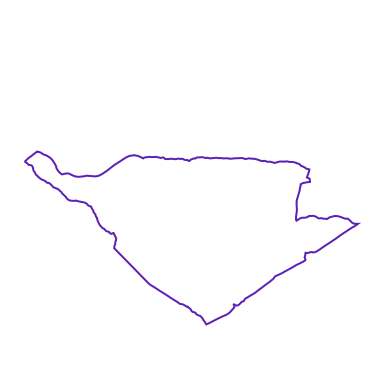 Tisaleo, Tungurahua, Ecuador (Mercator projection), rotated 46°
{"feature_id": "8360857B823186733653", "entity_name": "Tisaleo", "entity_type": "district", "adm_level": 2, "iso_a3": "ECU", "parent_name": "Ecuador", "parent_adm1": "Tungurahua", "projection": "mercator", "projection_center": [-78.685, -1.36], "detail": "fine", "context": "isolated", "style": "outline", "palette": "violet", "viewbox_px": 384, "rotation_deg": 46, "n_neighbors": 0, "source": "geoboundaries", "source_scale": "gbopen_adm2", "svg_char_len": 5963}
<svg xmlns="http://www.w3.org/2000/svg" viewBox="0 0 384 384"><g transform="rotate(46 192 192)"><path d="M72.5,292.1L75.1,292.0L76.2,291.9L77.9,291.6L78.1,291.5L78.9,291.3L80.0,290.7L81.5,290.2L82.0,290.0L84.5,289.8L85.2,289.5L85.6,289.0L86.1,288.6L88.0,288.3L90.3,288.3L91.8,288.4L92.6,288.3L93.4,287.9L94.0,287.5L94.6,287.3L95.5,287.1L95.6,286.9L96.0,286.6L97.4,286.3L98.3,286.2L100.0,286.2L100.5,286.1L101.1,286.0L102.9,286.3L103.3,286.4L104.0,286.3L105.0,286.3L106.0,286.2L107.1,286.2L107.9,286.2L109.4,286.5L110.3,286.5L111.1,286.4L112.5,286.2L112.9,285.9L113.3,285.6L113.9,285.2L114.3,285.0L114.7,284.7L116.6,282.8L117.2,282.2L117.2,281.8L117.6,281.4L119.6,280.3L120.6,279.6L122.4,278.4L123.3,277.7L124.2,277.1L125.2,276.5L127.0,275.9L127.5,275.9L128.4,276.0L129.5,276.0L130.8,275.6L132.5,274.7L132.8,274.7L133.5,275.2L137.1,276.1L138.2,276.8L138.6,276.9L140.9,277.0L141.4,277.4L143.4,278.3L144.7,278.2L145.2,278.7L145.3,278.9L145.6,279.1L148.0,280.1L149.0,280.5L151.3,281.2L151.7,281.2L153.0,281.4L154.3,281.4L155.7,281.4L156.5,281.2L157.0,280.9L157.5,280.8L160.0,280.9L161.0,280.6L162.6,279.7L163.0,279.5L163.4,279.5L163.7,279.6L164.3,279.7L164.8,279.5L165.7,279.3L166.1,279.0L166.4,278.4L166.8,277.1L167.0,276.9L167.3,276.9L167.7,277.0L168.2,277.3L168.5,277.5L169.6,277.6L170.6,278.2L171.2,278.3L171.8,278.4L172.1,278.5L172.5,278.6L173.3,279.4L174.0,280.4L174.4,281.1L174.6,281.8L175.0,282.2L175.5,282.7L176.0,283.3L176.4,283.9L176.5,284.3L176.9,285.2L177.5,285.9L178.2,286.7L178.4,287.0L228.6,286.7L229.9,286.4L232.7,285.7L236.3,284.8L240.4,283.9L244.6,282.8L246.8,282.3L250.7,281.4L253.4,280.9L260.7,279.0L262.1,278.7L262.7,278.7L263.9,278.5L265.2,277.6L266.0,277.0L266.8,276.5L271.5,275.2L271.5,274.8L273.2,274.7L273.7,274.6L274.7,274.4L276.6,274.7L277.6,275.0L278.4,274.9L278.8,274.8L279.9,274.1L280.2,273.8L280.6,273.7L281.6,273.5L282.1,273.6L282.9,273.8L283.5,273.6L284.1,273.4L284.8,273.2L286.4,272.5L286.7,272.2L289.7,272.1L290.0,272.3L291.1,272.4L291.6,272.7L293.8,272.9L297.2,273.7L298.0,271.6L301.1,261.3L303.6,253.9L303.9,253.6L304.0,253.4L304.1,253.2L304.3,252.0L304.5,251.1L304.7,249.9L304.9,249.1L304.9,248.2L304.4,241.8L303.2,240.7L302.7,240.6L302.0,240.3L301.9,239.9L302.1,239.8L304.0,239.2L304.7,238.7L305.3,237.9L305.6,236.9L305.7,234.5L305.5,233.1L305.5,232.4L306.1,231.6L306.4,230.6L306.3,230.1L306.0,229.1L305.7,227.5L306.1,226.4L306.8,223.3L307.5,220.2L308.3,217.2L308.8,212.1L309.1,210.0L309.3,208.4L309.4,207.3L310.0,202.6L310.4,199.6L310.6,198.9L310.9,193.6L310.5,191.6L310.4,190.5L311.1,189.0L313.1,183.0L313.5,180.9L314.2,178.7L316.2,171.2L316.9,168.0L317.4,166.6L319.4,160.2L319.8,158.1L319.7,157.6L319.2,157.2L317.4,156.6L317.0,156.1L316.7,155.2L315.6,153.8L314.7,152.8L314.6,152.5L315.2,152.3L315.7,151.9L316.4,150.9L317.0,149.6L318.0,148.0L318.4,147.6L318.9,147.2L319.3,147.1L320.3,146.0L321.0,144.6L321.4,143.5L321.9,141.0L323.1,133.5L323.7,130.6L325.6,120.2L326.0,116.8L326.8,112.0L327.4,108.8L328.8,101.5L329.6,98.6L330.2,94.6L330.0,94.8L329.1,96.0L326.8,97.7L325.2,98.2L323.8,98.1L319.9,98.4L319.1,98.7L318.1,99.9L316.8,100.8L312.9,102.5L312.2,103.1L310.6,103.9L310.2,104.2L309.8,104.8L308.2,106.1L308.0,106.8L306.5,109.3L305.6,111.2L305.7,111.8L305.1,113.8L304.8,114.1L304.1,114.4L303.0,115.6L302.2,116.2L300.9,116.9L299.3,118.9L298.7,119.3L295.9,120.0L295.3,120.2L293.2,121.5L290.5,124.6L290.3,126.2L289.5,127.8L288.7,128.9L286.9,130.8L285.7,133.5L285.5,136.1L285.3,136.7L284.7,136.7L284.2,136.4L282.5,134.8L281.4,133.5L279.2,130.7L278.7,130.0L277.8,129.0L276.6,128.0L272.5,124.4L270.8,122.5L265.9,113.9L265.3,112.9L264.2,111.7L262.9,109.5L261.9,108.4L262.7,105.9L265.8,101.2L266.7,100.2L265.0,98.7L264.2,98.2L263.8,98.2L261.8,99.1L261.3,99.2L259.6,95.6L258.1,92.9L257.2,91.9L256.5,92.3L256.0,92.9L254.7,93.5L252.5,93.9L251.9,94.2L250.7,94.5L249.2,95.3L248.3,95.4L246.5,95.3L245.5,95.8L244.7,96.4L243.2,96.9L240.6,98.5L239.4,99.6L238.4,100.8L236.2,102.2L235.0,103.4L234.7,104.2L233.6,105.1L230.9,107.9L228.4,112.6L227.4,112.9L225.9,113.9L225.1,114.3L224.0,115.2L223.0,116.5L221.6,117.3L220.9,117.6L219.7,118.4L219.2,119.2L218.1,120.4L214.3,122.3L211.4,124.1L209.1,126.3L207.5,127.5L205.3,130.8L203.0,131.9L201.3,133.5L200.8,134.1L200.3,134.7L197.7,137.6L194.9,141.1L194.2,141.8L193.5,142.3L192.8,142.6L192.3,143.3L191.8,143.6L190.0,145.7L189.7,146.0L187.1,148.2L186.1,149.4L185.6,149.9L184.4,150.5L181.7,154.1L181.1,154.6L180.3,155.8L178.0,157.1L177.3,158.4L176.9,158.7L175.7,159.3L174.4,160.3L173.4,161.1L172.8,161.9L170.8,164.3L170.5,164.7L170.3,165.9L170.2,166.4L169.3,167.0L167.8,170.6L167.9,171.2L167.8,172.4L167.5,172.8L166.1,173.0L165.6,173.3L164.2,174.7L162.4,175.5L161.8,175.6L159.8,177.7L158.7,178.4L158.2,179.0L157.2,180.7L156.4,181.6L154.8,182.9L154.4,183.1L153.5,184.0L152.3,185.6L151.7,186.3L150.6,187.5L150.1,187.8L149.4,188.5L148.0,188.4L147.2,188.7L146.9,189.0L145.7,190.9L142.0,193.2L138.8,196.9L137.1,198.1L136.2,199.6L135.8,199.9L134.4,201.9L133.9,203.3L133.9,203.8L132.1,204.3L130.2,205.1L128.6,205.7L127.0,206.9L125.4,208.0L124.4,209.4L122.5,212.1L121.8,214.1L121.3,215.4L121.1,216.6L119.0,227.5L118.6,229.3L118.1,233.8L117.8,237.4L117.4,240.0L116.5,244.7L115.4,248.0L114.0,250.3L112.2,252.0L108.4,255.3L107.3,256.2L105.8,258.6L103.5,261.6L102.2,263.1L100.9,264.3L99.5,265.3L97.2,266.3L93.7,267.6L92.3,268.4L90.7,270.5L89.4,272.7L89.0,273.3L87.5,273.6L85.2,273.7L83.5,273.5L82.4,273.4L80.8,273.0L79.5,272.2L79.2,271.9L78.3,271.7L77.6,271.4L74.9,270.8L74.3,270.7L72.6,270.3L72.3,270.3L69.3,270.2L66.5,270.8L64.8,271.3L64.2,271.4L64.0,271.6L61.8,272.8L61.1,272.9L58.4,273.5L57.0,274.2L55.8,275.3L55.3,275.3L55.1,277.2L54.9,278.7L54.9,278.9L54.5,282.7L54.2,284.7L54.0,285.6L54.0,289.8L54.0,291.0L53.8,291.5L54.0,291.3L55.9,290.8L56.2,290.7L58.5,290.6L58.9,290.6L59.3,290.5L60.4,289.5L61.0,289.2L61.5,289.0L62.2,289.0L62.5,289.0L63.8,289.4L65.1,290.3L65.6,290.6L66.7,291.1L67.2,291.2L68.8,291.4L69.5,291.8L70.6,292.1L72.1,292.1L72.5,292.1Z" fill="none" stroke="#5b21b6" stroke-width="2"/></g></svg>